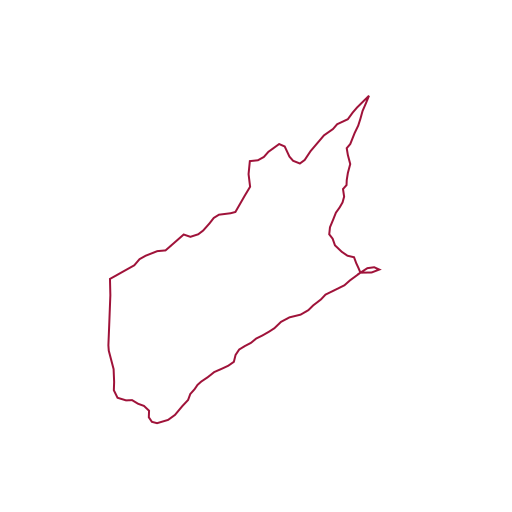 Quixaba, Paraíba, Brazil (orthographic projection), rotated 302°
{"feature_id": "56859067B6462044474109", "entity_name": "Quixaba", "entity_type": "district", "adm_level": 2, "iso_a3": "BRA", "parent_name": "Brazil", "parent_adm1": "Paraíba", "projection": "orthographic", "projection_center": [-37.12, -7.046], "detail": "fine", "context": "isolated", "style": "outline", "palette": "rose", "viewbox_px": 512, "rotation_deg": 302, "n_neighbors": 0, "source": "geoboundaries", "source_scale": "gbopen_adm2", "svg_char_len": 1565}
<svg xmlns="http://www.w3.org/2000/svg" viewBox="0 0 512 512"><g transform="rotate(302 256 256)"><path d="M297.2,353.4L300.3,349.0L303.1,344.7L306.9,339.8L304.7,333.4L305.0,326.5L306.9,317.3L311.3,311.8L313.2,306.6L319.6,303.5L327.5,302.2L335.1,300.8L341.5,301.2L347.3,301.0L353.0,299.3L358.9,294.3L364.1,295.2L368.5,292.7L375.1,289.9L383.9,287.2L390.4,280.3L395.5,275.8L400.9,276.6L412.5,274.5L420.7,273.6L427.4,271.9L435.5,269.5L443.6,268.3L451.8,266.9L435.5,263.0L429.0,262.0L420.7,261.4L410.8,255.0L404.5,254.0L394.3,249.7L373.9,246.7L363.2,246.4L357.7,244.2L356.4,237.0L358.0,231.7L364.1,222.3L363.2,216.3L350.9,211.3L344.2,210.2L338.2,206.9L333.2,200.5L321.5,206.3L311.6,214.3L301.1,214.5L282.4,215.2L278.8,211.8L271.4,202.7L265.9,200.0L259.1,199.3L249.6,197.7L243.8,195.5L237.5,190.2L235.9,183.3L212.8,176.3L207.8,169.7L197.8,162.3L191.6,158.9L183.6,157.7L159.2,144.3L145.5,153.3L119.3,168.3L102.1,178.1L97.7,181.3L84.6,195.2L78.6,199.3L73.9,202.5L66.8,206.6L62.4,213.7L64.7,222.3L68.1,227.3L68.2,234.3L69.5,240.4L68.1,247.3L62.4,250.6L60.2,255.6L61.8,260.7L70.4,268.3L78.3,271.5L89.9,273.1L97.9,274.7L104.2,273.4L110.5,274.5L115.7,274.7L120.5,276.1L127.9,279.4L135.5,282.1L142.5,286.9L148.2,290.6L154.5,293.3L161.3,291.1L167.8,291.3L173.8,294.3L179.8,297.8L186.1,299.9L191.9,303.5L198.8,307.2L204.6,309.9L213.4,312.1L221.7,316.9L229.9,324.9L237.8,329.1L244.5,330.7L253.6,334.1L260.1,335.4L278.0,346.5L285.1,348.6L297.2,353.4ZM309.8,367.7L309.1,362.2L304.7,356.9L297.2,353.4L303.3,362.8L309.8,367.7Z" fill="none" stroke="#9f1239" stroke-width="2"/></g></svg>